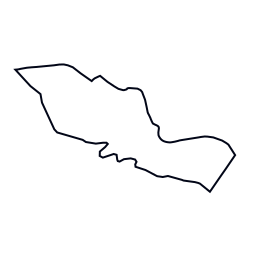 outline of Al Hashwah, Sa`dah, Yemen, rotated 80°
{"feature_id": "15242507B74180964049208", "entity_name": "Al Hashwah", "entity_type": "district", "adm_level": 2, "iso_a3": "YEM", "parent_name": "Yemen", "parent_adm1": "Sa`dah", "projection": "equal_earth", "projection_center": [44.261, 16.916], "detail": "fine", "context": "isolated", "style": "outline", "palette": "ink", "viewbox_px": 256, "rotation_deg": 80, "n_neighbors": 0, "source": "geoboundaries", "source_scale": "gbopen_adm2", "svg_char_len": 1766}
<svg xmlns="http://www.w3.org/2000/svg" viewBox="0 0 256 256"><g transform="rotate(80 128 128)"><path d="M205.0,58.4L191.1,44.7L185.4,39.0L173.6,27.5L173.3,27.2L161.8,32.0L159.9,33.8L156.7,37.5L152.1,45.6L150.3,51.2L149.7,53.8L149.6,55.7L149.5,57.5L149.5,60.3L149.2,77.6L149.2,77.9L149.2,79.5L149.4,81.0L149.5,82.7L149.6,84.3L149.6,86.0L149.6,87.5L149.5,89.2L149.0,91.0L148.5,92.5L147.9,93.8L147.1,95.2L146.2,96.3L145.2,97.2L144.1,97.9L142.9,98.5L141.4,99.0L140.3,99.2L137.7,98.9L135.5,98.2L133.6,97.6L132.4,97.6L131.3,98.2L130.3,99.4L129.3,100.9L127.9,102.7L127.0,103.0L125.7,103.4L124.4,103.7L123.2,104.0L122.0,104.2L120.9,104.5L119.5,104.9L118.4,105.2L117.1,105.7L116.3,105.8L115.9,105.9L110.7,106.0L103.2,106.3L101.6,106.6L97.0,107.5L95.1,107.8L93.0,109.0L92.9,109.1L90.9,111.8L90.2,114.5L88.9,119.6L88.8,120.3L88.8,121.1L88.9,121.8L89.5,122.4L89.7,122.7L89.8,123.2L89.9,124.1L90.0,125.4L89.9,126.0L89.8,126.4L87.8,130.6L84.6,134.3L79.0,140.2L71.8,146.4L72.2,148.2L73.3,152.1L74.1,153.7L75.5,155.6L65.8,165.3L58.6,171.8L55.8,176.4L54.3,180.1L53.6,184.4L53.4,190.0L52.0,207.5L51.5,212.2L51.1,217.0L51.1,219.1L51.1,221.5L51.1,223.7L51.2,225.0L51.2,226.3L51.0,228.8L69.8,216.8L69.9,216.7L79.4,208.3L87.9,208.3L88.4,208.2L100.2,205.1L116.5,200.8L120.1,198.5L123.3,192.0L131.8,174.7L134.5,171.9L137.8,162.4L138.2,154.8L138.8,151.7L140.2,150.7L142.8,153.8L146.3,159.8L150.6,160.7L152.8,157.9L151.8,151.1L151.4,148.4L151.1,146.6L152.4,143.9L157.3,144.1L158.8,143.8L159.6,142.1L158.0,137.4L158.4,130.6L159.6,128.0L160.3,126.5L162.8,125.5L165.1,127.2L167.5,127.3L172.4,118.1L174.1,115.9L180.5,107.7L181.2,105.6L181.3,105.2L182.3,102.3L182.2,97.0L188.4,84.0L189.4,82.4L192.9,71.5L194.3,68.4L195.3,66.8L205.0,58.4Z" fill="none" stroke="#020617" stroke-width="2"/></g></svg>